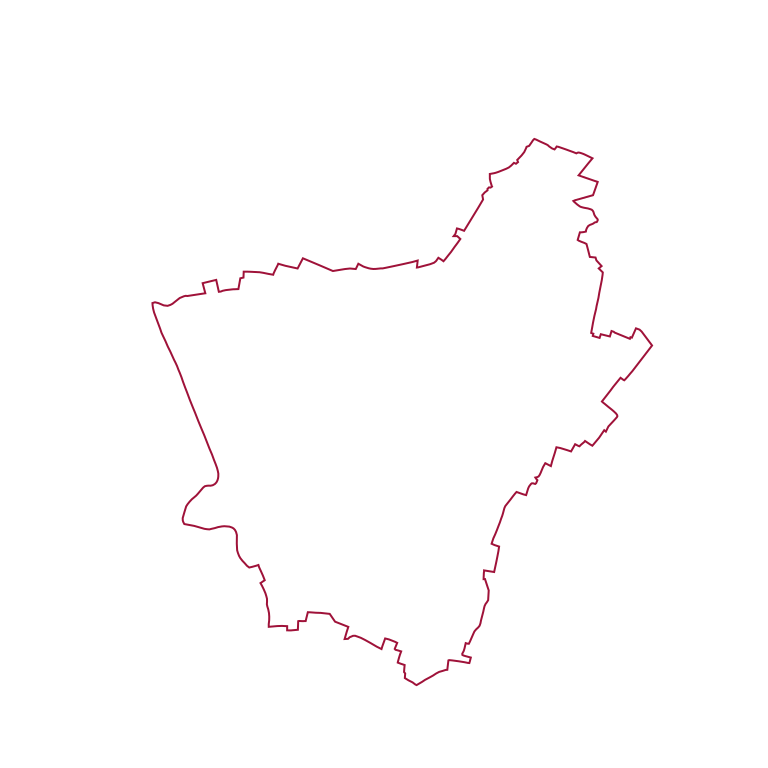 My Hao, Hưng Yên, Vietnam, rotated 107°
{"feature_id": "81297802B81471151736005", "entity_name": "My Hao", "entity_type": "district", "adm_level": 2, "iso_a3": "VNM", "parent_name": "Vietnam", "parent_adm1": "Hưng Yên", "projection": "albers", "projection_center": [106.098, 20.926], "detail": "fine", "context": "isolated", "style": "outline", "palette": "rose", "viewbox_px": 768, "rotation_deg": 107, "n_neighbors": 0, "source": "geoboundaries", "source_scale": "gbopen_adm2", "svg_char_len": 6166}
<svg xmlns="http://www.w3.org/2000/svg" viewBox="0 0 768 768"><g transform="rotate(107 384 384)"><path d="M576.3,534.0L575.2,524.1L575.1,520.0L575.0,513.4L574.6,510.8L574.1,508.5L573.0,506.7L571.3,503.7L569.4,500.9L567.6,497.4L566.7,495.2L565.6,490.2L565.7,487.4L566.1,485.7L567.1,483.9L568.8,482.2L571.5,480.5L579.7,478.1L586.0,475.8L588.4,474.2L590.8,472.3L592.5,470.5L594.4,467.8L596.1,464.8L597.9,461.9L598.9,459.2L597.4,456.6L595.1,453.0L593.8,451.2L595.7,449.9L599.4,446.6L602.6,443.8L606.5,440.7L610.5,443.9L612.7,441.6L615.6,438.9L618.8,436.2L621.3,434.5L623.6,433.1L626.4,432.2L628.9,431.6L630.9,430.5L633.2,428.9L636.7,427.0L640.1,425.7L643.6,424.7L647.4,424.0L649.9,423.2L646.7,415.3L645.2,410.9L643.9,405.8L647.9,404.6L646.9,401.1L644.2,394.5L635.9,396.7L635.4,395.8L634.7,392.9L633.6,389.6L630.4,389.8L624.5,390.1L623.7,386.9L622.7,382.4L621.4,377.6L619.7,368.7L625.6,361.3L626.7,347.1L631.7,347.2L639.4,347.1L638.2,343.9L636.2,342.8L635.4,341.8L633.8,339.9L633.2,338.0L633.3,335.5L633.5,332.0L634.3,327.4L635.6,321.3L637.3,314.2L638.2,308.9L635.2,308.9L627.0,308.5L626.8,304.6L627.3,298.1L627.7,295.7L634.2,296.3L634.8,295.3L634.7,292.4L634.7,289.4L638.2,289.6L641.7,289.6L645.6,289.5L646.4,289.4L646.6,286.3L646.7,282.1L650.6,281.3L653.6,280.6L654.6,279.1L659.1,278.1L660.2,274.0L661.0,269.4L662.2,266.2L662.4,264.8L657.6,260.4L655.0,258.3L651.2,254.5L648.5,251.9L645.6,249.5L643.2,247.1L641.4,244.3L639.4,241.4L638.8,239.9L629.5,241.6L629.0,241.0L628.4,238.0L627.3,231.4L626.5,225.5L626.2,222.2L625.9,220.8L624.4,220.8L620.2,221.0L620.3,223.6L620.4,226.5L620.4,228.5L620.2,229.8L619.1,230.3L616.0,229.7L613.3,229.7L610.6,229.9L607.9,230.1L607.9,228.4L607.6,226.9L605.1,226.5L597.3,225.6L594.2,225.2L591.8,224.2L589.2,222.7L587.2,221.9L584.6,221.8L581.9,222.1L572.7,222.5L569.2,222.8L566.9,222.9L564.4,222.5L562.9,221.9L560.3,221.2L550.8,223.5L541.0,230.4L541.5,231.7L535.4,233.3L533.9,233.5L533.0,233.8L531.6,223.7L521.1,224.6L516.1,225.1L510.5,225.7L505.8,226.4L505.7,231.2L505.3,234.4L499.7,234.3L495.1,233.7L490.6,233.3L486.2,233.0L482.4,232.7L478.6,232.6L475.4,232.4L473.2,232.4L467.5,232.6L465.2,232.3L457.6,229.3L454.0,228.0L450.7,226.7L448.5,225.7L448.8,218.4L448.7,215.6L441.7,215.6L439.5,215.3L436.6,214.2L435.8,213.6L435.4,212.4L435.4,210.2L434.4,209.5L431.1,209.2L430.2,210.7L429.2,211.9L428.3,210.3L427.3,209.2L425.6,208.6L423.1,208.2L420.7,208.0L416.8,207.6L412.6,206.6L413.7,200.4L408.4,200.6L400.1,200.5L394.1,200.6L393.7,196.8L393.7,189.6L393.8,185.4L385.7,183.6L386.4,179.9L386.4,178.8L385.4,178.4L383.9,177.5L381.0,175.6L379.7,175.1L381.5,169.3L382.1,166.7L379.8,165.7L372.5,162.6L363.8,159.9L364.7,157.9L359.0,157.0L351.2,153.2L347.7,151.6L346.6,151.4L345.6,151.9L344.4,153.4L342.9,156.4L341.9,158.7L340.2,163.0L338.6,166.8L337.5,169.6L337.0,170.5L334.2,169.4L324.0,165.5L319.7,164.0L315.5,162.3L308.9,159.6L310.1,156.1L310.2,155.3L308.7,154.5L305.0,152.8L302.1,151.6L299.2,150.3L268.8,138.9L258.5,153.0L257.3,155.5L257.1,159.3L267.2,160.5L267.2,162.0L268.9,162.1L267.4,178.4L266.9,179.5L266.8,181.9L272.5,181.9L273.0,191.2L276.9,191.3L277.0,198.4L274.7,198.5L274.7,199.8L274.6,200.8L268.6,201.5L264.6,202.0L260.5,202.4L257.3,202.7L250.4,203.1L247.2,203.5L239.0,204.1L233.8,204.8L221.0,206.1L215.7,206.9L213.3,207.4L210.7,212.4L207.6,210.4L203.7,217.0L201.2,218.7L202.3,224.3L200.0,225.7L196.2,228.0L190.9,231.3L190.5,233.6L190.3,237.0L190.0,239.6L189.6,240.9L181.7,241.0L181.3,239.7L180.4,237.6L179.2,235.5L178.0,235.7L176.9,235.7L175.3,235.5L173.2,234.9L172.0,233.9L171.3,233.2L170.7,232.3L169.2,230.6L168.1,229.9L167.4,228.9L167.2,228.4L166.9,227.9L166.4,227.7L164.7,227.5L164.0,227.9L162.1,230.8L160.6,232.4L158.1,234.1L157.2,235.1L156.6,236.3L156.5,237.6L156.5,240.4L156.8,242.8L157.0,244.6L157.1,247.1L157.0,248.3L156.7,249.3L155.9,251.6L154.1,255.6L153.6,256.4L152.4,255.0L142.3,239.3L128.3,238.7L127.6,258.9L113.6,253.3L112.4,252.8L107.2,250.6L106.0,258.3L105.7,260.5L105.6,262.5L105.6,264.4L105.8,265.8L106.3,266.6L107.2,267.5L106.9,270.7L106.7,274.9L106.5,278.4L106.2,286.4L106.4,288.3L108.1,288.8L109.8,289.5L109.6,292.1L108.5,295.6L107.7,297.2L107.4,298.6L107.0,301.6L106.5,305.5L105.8,309.9L105.7,311.9L107.4,312.8L109.5,313.4L113.8,314.8L115.5,317.0L117.2,317.1L121.2,317.7L125.3,319.3L130.8,322.1L132.6,320.7L134.8,322.2L134.5,324.4L137.9,326.2L140.4,327.9L142.4,330.0L147.7,336.6L149.4,339.0L150.3,340.5L152.2,344.2L157.0,342.7L159.6,341.2L163.2,338.8L163.6,338.4L165.0,339.5L165.3,341.1L167.2,342.1L168.5,341.6L171.4,343.7L174.7,345.2L178.6,343.2L188.1,345.5L214.1,352.2L213.9,354.8L213.8,357.8L213.9,359.7L219.6,359.6L222.2,360.6L221.2,357.2L223.0,353.4L227.6,354.9L232.3,356.6L238.1,358.5L242.6,360.3L246.5,361.8L249.2,363.0L248.3,365.6L247.4,368.9L251.3,370.2L253.4,371.6L256.0,375.0L262.5,385.5L263.0,386.6L256.1,387.9L259.1,392.6L264.1,401.4L268.0,408.4L272.3,416.2L273.8,419.0L274.4,420.9L276.3,425.4L277.1,427.7L277.6,430.3L277.8,432.5L277.8,436.0L277.7,438.1L276.5,443.7L279.1,444.1L282.3,444.6L283.5,450.3L285.5,455.0L290.9,465.9L289.3,480.5L287.5,498.3L298.8,500.4L299.8,512.9L299.9,518.7L299.9,520.3L301.3,520.4L306.9,521.4L310.5,521.9L311.9,521.9L312.5,526.7L313.0,532.0L313.5,535.7L316.1,546.0L317.6,551.0L323.3,549.5L324.9,552.3L335.8,551.0L337.7,556.4L340.5,562.8L342.0,565.5L343.3,567.1L344.1,568.9L333.5,574.9L340.6,586.9L349.5,581.4L350.0,582.5L357.4,597.9L357.6,599.3L358.6,601.0L361.5,604.5L365.4,607.2L369.1,609.7L370.8,611.4L372.5,613.8L373.2,617.6L372.6,623.4L372.8,626.9L374.3,629.1L376.6,628.2L379.5,626.8L382.8,624.8L388.7,620.3L396.5,614.3L400.0,611.8L403.2,608.9L406.7,605.7L411.4,601.7L415.4,597.9L422.2,591.9L424.7,589.5L427.4,587.1L430.4,584.8L433.0,582.6L436.8,579.6L440.3,577.1L445.3,573.3L449.6,569.9L456.0,565.0L462.2,560.0L466.7,556.3L473.9,550.6L480.2,545.4L485.7,540.8L496.7,532.1L501.8,527.8L506.3,524.4L509.8,521.6L513.0,519.2L515.9,517.4L518.2,516.2L521.0,515.4L522.9,515.1L525.0,515.1L527.1,515.5L529.1,516.5L530.9,518.2L532.0,520.2L532.5,522.1L533.2,523.8L534.2,525.5L536.0,526.7L543.4,529.9L545.7,531.0L550.5,534.1L553.4,535.5L556.4,536.7L558.9,537.4L564.9,537.4L571.1,537.3L573.4,536.5L574.8,535.5L576.3,534.0Z" fill="none" stroke="#9f1239" stroke-width="2"/></g></svg>